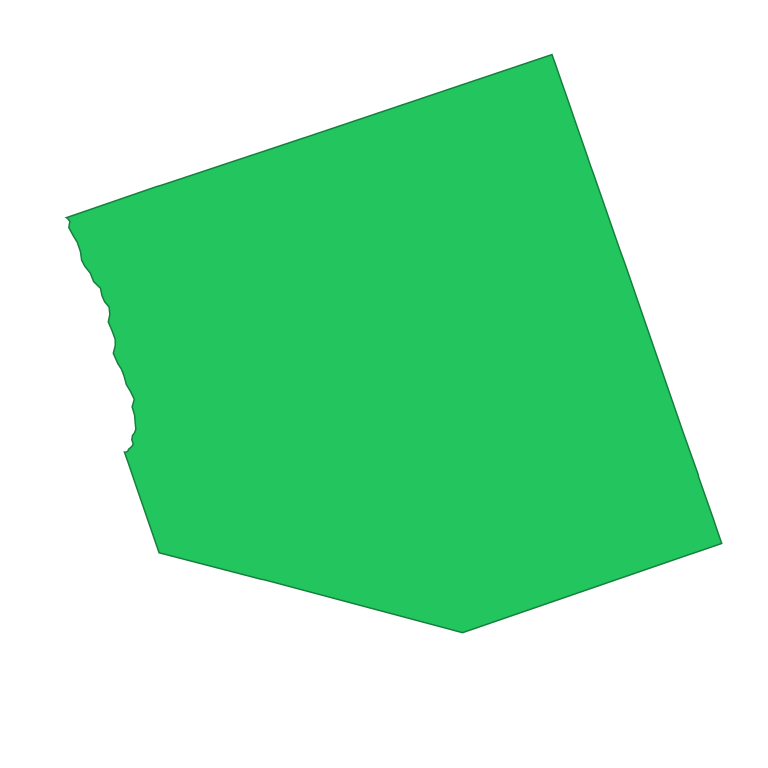 White Pine, Nevada, United States of America (Natural Earth projection), rotated 341°
{"feature_id": "52423323B32656881789588", "entity_name": "White Pine", "entity_type": "district", "adm_level": 2, "iso_a3": "USA", "parent_name": "United States of America", "parent_adm1": "Nevada", "projection": "natural_earth1", "projection_center": [-115.297, 39.403], "detail": "fine", "context": "isolated", "style": "filled", "palette": "green", "viewbox_px": 768, "rotation_deg": 341, "n_neighbors": 0, "source": "geoboundaries", "source_scale": "gbopen_adm2", "svg_char_len": 1059}
<svg xmlns="http://www.w3.org/2000/svg" viewBox="0 0 768 768"><g transform="rotate(341 384 384)"><path d="M116.4,470.4L204.2,528.6L206.8,530.0L377.3,644.7L618.3,644.6L620.1,644.7L651.4,644.7L651.4,626.0L651.5,618.6L651.2,573.6L651.5,573.1L651.6,572.2L651.1,526.6L651.0,348.9L650.7,333.5L650.5,255.6L650.3,243.1L650.4,233.5L650.3,203.0L650.3,202.9L650.3,170.3L650.2,158.4L650.2,134.1L650.1,131.8L650.1,127.2L405.1,125.4L238.6,123.6L233.5,123.3L137.8,123.3L138.6,124.3L139.9,128.0L136.9,133.5L138.4,142.3L140.1,150.2L140.1,159.9L138.4,168.6L139.5,175.4L142.4,183.6L142.8,192.7L147.1,201.2L146.1,208.5L146.6,215.2L149.1,221.7L147.4,229.0L143.5,235.6L144.2,244.9L144.4,254.1L142.5,260.0L138.0,266.9L139.0,278.1L140.6,284.7L140.8,291.9L140.2,300.5L142.0,309.2L142.9,317.2L138.4,323.6L138.0,332.3L135.7,341.5L134.7,345.8L132.3,348.9L130.8,349.9L129.3,350.9L128.3,353.1L127.4,354.4L127.4,358.9L125.7,360.7L121.2,362.6L119.8,364.2L117.6,364.4L116.4,363.9L116.5,377.6L116.4,397.7L116.4,449.2L116.4,470.4Z" fill="#22c55e" stroke="#15803d" stroke-width="1.5"/></g></svg>